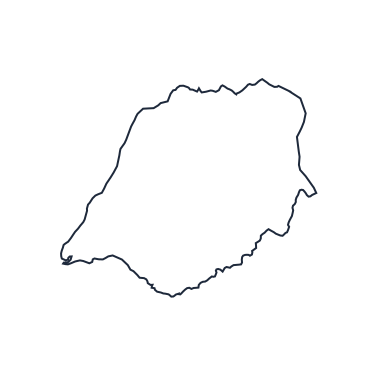 outline of Tawau, Sabah, Malaysia, rotated 137°
{"feature_id": "92858781B49280129644496", "entity_name": "Tawau", "entity_type": "district", "adm_level": 2, "iso_a3": "MYS", "parent_name": "Malaysia", "parent_adm1": "Sabah", "projection": "orthographic", "projection_center": [118.041, 4.434], "detail": "fine", "context": "isolated", "style": "outline", "palette": "slate", "viewbox_px": 384, "rotation_deg": 137, "n_neighbors": 0, "source": "geoboundaries", "source_scale": "gbopen_adm2", "svg_char_len": 3180}
<svg xmlns="http://www.w3.org/2000/svg" viewBox="0 0 384 384"><g transform="rotate(137 192 192)"><path d="M52.0,198.7L51.8,198.7L56.4,210.6L58.0,210.9L60.1,212.7L62.1,218.1L62.4,220.5L63.7,226.7L66.2,227.3L68.3,227.5L70.8,227.5L72.8,227.7L75.0,229.3L76.1,231.6L77.9,232.3L80.6,232.0L83.6,232.0L85.9,232.0L89.4,232.5L92.3,233.6L93.0,233.2L93.5,235.1L93.5,237.1L93.7,239.1L94.5,241.4L95.5,243.4L96.2,246.9L97.0,249.2L98.8,249.5L102.9,248.1L106.3,249.0L107.9,252.0L109.1,253.5L113.4,255.8L117.0,258.2L116.9,259.8L116.2,263.1L117.5,262.6L119.8,262.0L121.7,266.4L123.5,268.3L123.3,270.3L123.6,271.4L125.8,275.6L128.5,277.9L131.8,278.4L134.4,277.9L136.4,279.2L140.7,278.4L144.9,276.4L148.0,274.9L154.3,278.4L157.6,278.4L162.9,279.5L166.1,282.2L171.0,286.3L175.7,286.3L178.5,286.3L181.5,285.3L185.1,283.7L189.1,282.4L191.9,281.4L204.5,275.1L208.0,273.7L214.9,272.3L216.9,270.9L220.2,268.3L229.2,262.0L236.0,259.7L241.5,258.2L248.9,256.5L254.0,254.4L258.5,252.9L262.3,254.4L265.1,255.3L269.0,255.2L274.1,253.9L276.6,253.7L280.2,251.5L281.5,249.9L289.3,245.1L292.1,244.1L296.5,243.6L300.4,242.9L304.7,242.6L308.2,241.8L311.9,240.9L316.5,240.1L318.0,240.4L320.8,240.8L322.1,240.8L324.3,239.4L327.3,237.9L329.6,236.4L331.4,234.3L332.6,232.1L330.9,228.0L328.8,227.2L327.3,228.2L325.4,228.2L324.0,227.0L326.9,225.3L330.1,225.2L331.6,225.8L333.9,227.8L335.1,227.5L333.7,225.5L332.1,223.7L329.3,222.5L324.9,220.9L323.3,220.0L320.6,218.4L318.6,215.7L315.7,209.9L312.7,208.9L310.5,210.4L308.7,209.9L306.2,206.5L303.2,203.5L300.4,202.7L297.1,202.0L293.3,199.7L289.3,190.4L288.8,182.3L290.0,177.2L288.8,174.0L288.6,168.5L288.8,165.1L287.6,163.7L285.8,161.7L285.0,159.3L285.5,157.1L286.5,155.5L285.7,152.3L284.2,151.1L285.5,150.5L286.8,149.5L285.0,147.2L285.8,145.8L285.5,142.9L283.3,139.7L282.2,137.4L280.9,135.9L278.9,133.1L278.7,131.8L278.5,129.6L276.9,128.3L275.6,128.1L273.7,128.0L271.2,126.8L271.6,126.6L270.4,125.1L268.9,125.1L266.4,125.3L263.5,125.3L261.1,125.0L259.3,123.8L258.5,121.5L256.3,120.7L254.8,119.5L252.5,117.7L250.4,119.4L247.7,119.7L245.4,119.0L243.4,117.5L241.1,117.0L238.5,117.0L235.1,116.7L234.3,115.5L232.8,114.6L230.8,115.5L229.0,116.4L228.2,118.2L226.9,118.7L225.4,117.9L224.2,115.9L223.9,112.9L219.9,114.1L217.9,113.6L215.9,110.7L214.1,110.7L211.5,110.2L210.1,109.1L207.3,106.9L205.5,105.6L203.5,106.3L201.7,108.6L199.7,110.2L198.0,110.6L196.1,109.8L194.6,108.6L193.4,107.3L193.1,105.9L190.8,105.4L188.9,106.8L188.3,107.9L185.8,107.6L183.3,107.3L181.5,109.4L180.2,111.1L178.3,110.7L175.5,110.2L173.4,111.1L171.4,113.1L169.1,113.1L166.7,112.7L163.8,112.9L161.4,112.6L160.6,109.9L159.6,106.9L159.1,104.3L157.1,100.0L155.6,98.2L153.5,98.2L151.5,98.3L150.0,97.7L147.7,98.7L144.7,100.3L144.2,102.5L142.1,103.8L139.7,104.8L135.3,106.3L132.6,108.1L130.5,109.6L129.3,111.9L127.5,113.1L125.0,113.1L122.9,113.9L121.5,115.5L119.4,116.7L116.4,117.5L113.9,118.9L111.9,119.7L110.4,119.0L109.4,117.7L109.4,115.7L109.6,113.6L110.1,111.4L109.9,109.1L108.4,108.1L106.1,107.9L101.8,106.5L100.0,112.0L98.1,126.0L97.9,134.3L95.3,138.9L89.3,144.4L86.5,148.5L77.7,160.7L72.0,162.7L67.9,164.3L62.4,166.9L55.2,172.0L48.9,186.5L52.0,198.7Z" fill="none" stroke="#1e293b" stroke-width="2"/></g></svg>